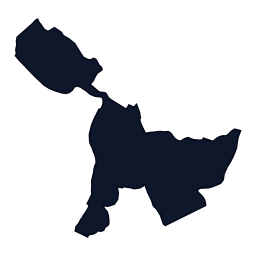 the district of Grande Riviere, Gros Islet, Saint Lucia
{"feature_id": "8701671B51271106476031", "entity_name": "Grande Riviere", "entity_type": "district", "adm_level": 2, "iso_a3": "LCA", "parent_name": "Saint Lucia", "parent_adm1": "Gros Islet", "projection": "natural_earth1", "projection_center": [-60.952, 14.036], "detail": "fine", "context": "isolated", "style": "filled", "palette": "ink", "viewbox_px": 256, "rotation_deg": 0, "n_neighbors": 0, "source": "geoboundaries", "source_scale": "gbopen_adm2", "svg_char_len": 5770}
<svg xmlns="http://www.w3.org/2000/svg" viewBox="0 0 256 256"><path d="M15.4,55.7L19.3,60.3L24.9,66.0L31.9,73.4L38.0,79.4L43.8,84.9L49.0,88.2L54.6,90.6L61.6,92.8L66.2,93.4L69.5,92.3L72.6,89.8L74.4,86.8L77.5,86.0L80.7,87.1L86.3,90.9L90.1,94.2L94.7,96.1L97.8,96.6L99.9,96.6L102.5,97.7L103.2,100.8L102.9,104.3L101.3,108.4L98.8,109.4L98.5,110.0L98.3,110.8L97.9,111.5L97.4,112.4L96.6,114.1L96.3,114.7L95.9,115.5L95.6,116.0L95.1,116.8L94.2,119.0L93.8,119.6L93.5,120.4L93.1,121.4L92.2,123.8L91.9,124.4L91.7,125.2L91.4,126.1L91.1,127.1L90.7,128.8L90.5,129.8L90.1,131.2L90.0,131.8L89.6,133.6L89.4,134.3L89.4,135.0L89.5,136.3L89.4,137.2L89.5,137.8L89.6,138.6L89.6,140.5L89.8,141.2L89.8,142.1L90.1,143.2L90.4,143.8L91.0,145.4L91.3,146.0L91.8,146.9L92.4,148.1L92.7,149.2L92.9,150.1L93.2,150.8L93.5,151.5L93.8,152.3L94.2,153.2L94.5,153.8L95.1,155.6L95.3,156.3L95.5,157.1L95.7,157.9L96.0,159.0L95.9,159.6L96.1,160.5L96.1,161.2L96.2,162.2L96.1,163.0L95.8,163.7L94.7,166.3L94.6,167.3L94.4,167.8L94.1,168.7L93.9,170.4L93.9,171.1L93.7,172.2L93.6,172.9L93.4,173.7L93.2,174.4L93.0,175.3L92.6,177.1L92.5,177.8L91.9,179.7L91.8,180.1L91.8,180.5L91.8,181.3L91.8,183.2L91.9,185.1L91.9,186.2L91.7,187.8L91.7,188.7L91.6,189.1L91.9,194.1L91.6,194.8L91.3,195.5L90.7,196.7L90.2,197.9L89.7,198.7L89.2,199.7L89.0,200.2L88.6,200.9L88.2,201.6L87.7,202.5L87.2,203.7L87.9,204.2L88.2,204.6L88.7,204.9L89.1,205.4L88.6,206.8L88.5,207.2L88.4,207.8L87.5,209.2L86.3,211.3L85.3,212.8L84.3,214.2L83.1,216.0L82.6,216.9L81.8,218.4L81.3,218.9L80.9,219.5L80.1,220.8L79.6,221.9L79.2,222.5L78.9,223.1L78.6,223.6L78.4,223.9L77.4,225.1L76.6,226.1L76.1,226.7L75.9,227.2L75.8,227.8L75.8,228.3L75.3,230.7L75.2,230.9L87.6,236.9L87.7,236.4L88.0,235.9L88.5,235.3L88.9,235.0L89.4,234.7L90.4,234.4L91.1,234.2L92.5,234.1L93.2,233.9L94.4,233.4L96.1,232.4L96.5,232.0L96.9,231.6L97.2,231.1L97.6,230.3L99.3,231.1L100.1,231.2L100.9,231.2L101.4,231.0L102.5,230.7L103.0,230.5L103.7,230.2L104.8,227.6L106.0,226.5L107.6,225.7L108.8,223.8L108.8,221.3L108.5,217.5L108.1,214.8L107.1,211.7L104.3,208.5L103.6,206.3L105.3,205.7L106.9,206.3L109.9,205.7L114.4,204.1L117.6,199.4L118.3,193.2L117.2,186.6L118.3,187.0L119.8,187.4L121.2,187.5L122.0,187.8L122.6,187.5L123.5,187.0L124.4,186.5L124.8,186.6L125.4,186.8L126.3,187.1L127.0,187.2L127.6,187.3L128.5,187.4L129.5,187.5L130.0,187.6L130.9,187.7L131.4,187.9L132.3,188.1L133.0,188.4L133.6,188.5L134.4,188.7L137.3,188.3L139.0,188.0L140.0,187.8L143.5,185.8L144.5,183.9L145.0,184.9L145.3,185.8L145.5,186.3L145.8,187.3L146.1,188.0L146.5,188.8L146.8,189.8L147.1,190.7L147.4,191.7L147.6,192.3L148.1,193.2L148.7,194.3L149.0,195.0L149.5,195.9L150.3,197.7L150.8,198.8L151.3,199.9L151.6,200.6L152.3,202.6L152.8,204.3L153.3,205.6L153.8,206.3L154.4,206.9L154.9,207.4L155.4,207.8L156.7,209.2L158.4,211.8L159.8,214.2L160.1,214.7L160.6,215.5L160.8,216.1L161.1,217.1L161.9,219.3L162.3,220.4L162.5,221.0L162.9,222.6L163.3,223.6L163.6,224.1L164.2,224.6L164.7,225.0L165.2,225.5L205.7,205.4L205.6,204.8L205.4,203.4L205.3,202.5L205.2,201.9L204.9,201.2L204.6,200.2L204.3,199.5L203.5,198.1L203.2,197.5L202.8,196.9L202.2,196.2L198.6,192.6L198.3,192.2L198.0,191.9L197.7,191.4L197.5,190.9L197.2,190.1L199.9,188.2L203.6,188.0L208.7,187.7L212.7,186.6L220.6,183.3L223.2,179.8L224.1,174.0L227.2,166.9L230.0,162.5L233.0,156.8L234.9,152.1L236.5,147.8L237.2,142.0L238.2,136.8L239.8,132.7L240.6,130.8L240.4,130.7L237.0,129.7L234.3,129.2L233.9,129.7L232.5,130.5L231.1,131.5L229.3,133.4L228.0,134.6L226.5,135.7L225.0,135.8L223.0,135.8L222.1,136.0L221.2,136.2L220.4,136.4L219.1,137.0L217.1,138.1L215.6,139.1L215.1,139.6L214.5,140.0L214.1,140.5L213.3,141.1L213.0,141.4L203.4,138.1L203.3,138.5L203.0,139.2L202.4,139.9L201.6,140.0L201.1,140.2L200.4,140.1L199.7,140.2L198.7,140.2L197.3,140.0L196.7,139.9L195.1,139.8L194.4,139.8L193.7,139.8L192.1,139.2L191.4,138.9L191.0,138.8L189.9,138.3L189.3,138.1L188.7,137.7L187.0,137.8L185.6,138.3L184.4,138.8L183.6,139.2L182.9,139.5L182.4,140.1L181.6,140.7L181.0,141.0L179.1,141.0L178.8,140.9L177.9,140.5L177.1,140.0L176.6,139.8L175.2,138.9L174.7,138.3L174.3,137.8L173.8,137.3L173.1,136.4L172.3,135.3L171.8,134.5L171.3,133.8L170.8,133.3L170.1,132.9L169.5,132.2L168.9,131.9L168.1,131.8L167.5,131.7L166.6,131.7L165.9,131.7L164.5,131.8L163.6,131.9L162.9,131.9L162.1,131.7L161.5,131.6L160.6,131.6L160.0,131.4L159.3,131.5L158.6,131.6L157.0,131.8L156.1,131.9L154.9,132.1L150.0,132.5L146.8,133.1L145.7,133.6L145.6,133.3L144.9,132.5L144.1,130.7L143.8,130.0L143.5,129.4L143.2,128.6L142.7,127.8L141.6,125.5L141.3,124.6L140.7,123.4L140.4,122.1L140.1,121.5L139.9,120.7L139.7,120.1L139.9,119.0L140.3,118.1L140.4,117.3L140.2,116.7L139.9,115.6L139.7,114.3L139.6,112.7L136.5,104.4L134.0,107.2L128.9,104.9L127.5,107.6L125.9,109.0L124.7,108.3L110.8,99.7L109.7,98.7L109.0,98.3L108.6,97.9L108.3,97.6L106.5,94.4L106.2,93.9L105.8,93.4L105.4,93.1L105.0,92.9L104.2,92.7L102.5,92.5L100.1,92.2L99.6,92.1L99.4,92.1L98.9,91.8L98.2,91.2L97.6,90.7L96.6,89.9L90.1,84.4L93.6,80.1L94.0,78.7L94.2,78.3L95.5,76.1L95.8,75.4L96.3,74.8L96.7,74.0L97.3,73.1L97.6,72.7L99.0,72.0L99.8,71.4L100.3,71.0L101.0,70.6L101.4,70.1L102.0,69.6L101.4,67.3L98.9,65.0L97.9,63.1L96.7,60.9L95.7,59.3L93.8,58.3L91.2,59.5L90.8,59.9L89.2,59.9L87.5,59.3L86.5,58.9L85.3,58.3L84.7,58.0L83.7,57.5L83.2,57.3L82.8,56.5L82.5,55.9L81.9,55.2L74.5,43.4L68.8,38.8L63.1,35.5L61.2,32.2L54.4,27.7L52.1,29.1L48.2,31.4L47.3,31.1L46.7,30.7L46.1,30.4L44.5,29.5L44.0,29.1L43.5,28.6L43.0,27.7L42.6,27.1L42.2,26.4L41.7,25.8L41.2,24.9L40.4,23.8L39.1,22.5L37.6,19.1L37.4,19.2L36.3,19.8L33.6,22.3L33.8,22.5L17.2,37.1L17.1,37.7L16.9,38.3L16.8,39.0L16.7,39.7L16.6,40.6L16.5,41.5L16.6,42.7L16.8,43.5L16.7,45.2L16.3,47.5L16.2,48.1L15.8,49.8L15.9,50.6L16.1,51.4L16.3,52.1L16.3,52.8L16.3,53.3L16.2,53.8L16.1,54.5L15.9,55.0L15.4,55.7Z" fill="#0f172a" stroke="#020617" stroke-width="1.5"/></svg>